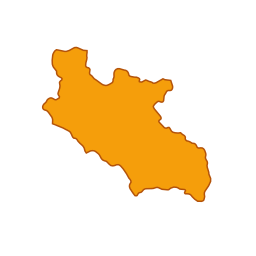 the border of Nagano, rotated 292°
{"feature_id": "JPN-1844", "entity_name": "Nagano", "entity_type": "Prefecture", "adm_level": 1, "iso_a3": "JPN", "parent_name": "Japan", "parent_adm1": "", "projection": "albers", "projection_center": [138.086, 36.102], "detail": "fine", "context": "isolated", "style": "filled", "palette": "amber", "viewbox_px": 256, "rotation_deg": 292, "n_neighbors": 0, "source": "natural_earth", "source_scale": "10m", "svg_char_len": 3813}
<svg xmlns="http://www.w3.org/2000/svg" viewBox="0 0 256 256"><g transform="rotate(292 128 128)"><path d="M184.4,61.0L182.8,61.7L180.1,62.4L178.8,63.0L177.9,63.6L175.9,64.1L172.7,64.5L170.7,65.1L169.7,65.5L169.0,66.3L168.8,67.4L169.0,69.0L168.6,70.1L167.8,70.9L164.6,71.7L163.7,72.3L163.2,73.1L163.0,74.2L162.7,75.1L162.2,76.0L161.6,77.1L161.0,78.2L160.5,80.8L159.3,85.4L158.8,87.5L158.7,89.1L159.0,91.2L159.7,92.6L161.4,94.3L164.0,96.3L165.0,96.6L166.2,96.5L167.7,95.9L169.2,96.0L170.4,95.8L172.7,94.8L173.9,94.4L175.1,94.3L176.4,94.4L177.9,95.0L179.1,96.2L179.8,97.9L180.3,102.9L180.4,103.4L180.6,104.3L180.4,105.7L179.8,106.9L178.9,107.9L177.3,109.1L176.8,110.1L176.9,111.7L177.5,114.7L178.3,117.0L178.3,119.0L178.0,120.1L177.3,120.7L175.8,120.8L175.2,121.2L175.4,122.5L175.8,123.6L177.1,124.7L178.1,125.5L179.1,126.4L179.2,127.6L179.1,129.8L179.3,132.1L179.3,133.3L179.0,134.3L179.3,135.5L180.4,137.0L186.7,142.0L186.6,144.1L188.1,149.8L183.5,153.7L182.0,154.3L181.1,154.4L180.1,154.3L179.2,153.9L178.5,153.0L178.1,151.8L177.6,150.9L176.8,150.3L175.8,150.0L174.4,149.9L172.2,149.5L171.1,149.5L166.6,150.8L165.4,150.5L164.7,149.8L164.4,148.7L164.4,147.6L164.3,146.8L164.0,146.0L163.3,145.4L160.7,144.1L158.4,143.4L157.4,143.4L156.5,144.1L155.5,145.4L151.1,153.5L150.4,154.4L149.6,155.0L148.5,155.1L146.7,154.0L145.8,154.0L145.0,154.8L141.9,161.6L141.9,162.6L142.4,163.9L143.4,164.8L143.9,165.8L143.4,166.9L141.4,169.4L140.9,171.0L141.2,173.5L142.1,176.4L143.3,178.5L142.5,180.7L142.1,182.9L141.7,183.8L141.0,184.6L139.7,185.0L138.7,185.7L138.1,187.1L138.3,188.4L138.4,189.7L138.3,191.1L137.9,193.0L138.2,194.2L138.5,195.4L138.3,196.4L137.6,197.7L136.1,199.2L135.8,200.3L135.9,201.3L136.6,202.3L137.0,203.4L137.3,204.4L137.0,205.9L136.1,207.3L133.7,209.5L132.2,210.3L129.7,210.8L128.7,211.4L127.6,212.6L126.8,213.7L126.0,214.4L125.0,214.9L122.8,215.3L121.1,216.3L117.3,219.4L115.5,220.3L112.2,223.5L109.4,224.6L104.7,224.4L98.6,223.1L96.9,223.0L95.3,223.5L94.1,224.2L93.0,224.8L90.5,225.2L89.3,225.2L88.5,224.7L87.6,223.7L86.2,220.0L87.0,216.5L88.4,213.2L89.2,211.9L89.7,210.3L89.5,208.5L88.5,205.7L88.9,204.9L89.5,204.6L91.4,204.8L92.0,204.3L92.1,203.3L91.1,200.1L90.8,198.8L91.2,197.0L91.2,195.3L90.4,192.6L88.2,190.1L86.5,189.1L86.0,188.8L85.8,188.4L85.5,187.8L83.9,182.4L84.1,179.0L84.0,177.7L83.4,176.4L81.4,174.0L80.7,172.6L78.3,167.1L77.5,166.2L76.6,165.5L74.2,164.7L73.2,164.1L72.6,163.2L71.9,162.4L70.8,162.0L68.8,161.7L68.2,161.0L67.9,159.8L69.3,157.4L72.5,152.7L74.0,151.4L75.6,150.8L77.0,150.8L78.8,151.1L80.0,150.5L81.0,149.4L81.9,147.6L85.0,143.8L88.4,138.7L90.0,135.5L90.4,134.1L90.4,132.8L89.6,131.1L88.3,129.8L87.2,128.1L86.8,126.2L87.4,124.1L88.7,121.2L89.0,120.1L88.8,118.6L88.8,117.7L88.9,116.4L89.7,114.7L91.9,112.1L92.6,111.1L93.1,110.0L94.0,106.9L94.2,105.3L93.7,103.6L92.8,101.9L89.2,98.7L90.5,96.8L93.1,94.8L93.9,93.7L94.6,92.6L95.9,89.0L97.1,86.5L98.3,84.9L98.7,83.6L98.6,82.6L98.3,81.5L98.7,80.4L99.6,79.3L100.9,78.0L102.5,76.1L103.0,74.5L103.2,72.7L103.4,70.3L103.7,67.8L103.7,56.4L107.3,55.1L108.4,54.4L109.5,53.4L112.6,48.6L113.3,47.2L113.7,45.9L113.5,43.9L113.6,43.0L114.0,42.1L114.6,41.5L115.3,41.1L115.8,40.9L116.7,40.8L117.9,40.9L119.0,41.2L120.5,42.0L121.6,42.4L122.9,42.5L124.2,42.7L125.5,43.5L126.3,44.2L126.9,45.0L127.2,45.9L127.2,47.0L126.9,49.6L127.1,50.4L127.5,51.0L130.2,53.0L131.4,52.7L132.7,50.9L133.7,50.2L135.0,50.0L138.9,49.8L140.4,49.5L141.7,49.1L144.2,47.6L144.8,47.4L145.4,47.5L146.4,47.8L147.9,48.6L148.9,48.4L149.5,47.6L149.8,44.8L150.1,43.6L150.8,42.3L151.7,41.5L154.0,40.4L156.5,36.1L157.6,34.9L158.9,33.9L162.5,32.3L167.4,30.9L168.9,30.8L170.6,31.0L172.0,31.3L173.5,32.2L173.7,32.3L174.0,33.5L175.3,40.6L175.9,42.1L177.9,44.5L181.6,47.5L182.5,48.3L183.3,49.8L183.5,51.2L183.3,57.5L184.4,61.0Z" fill="#f59e0b" stroke="#b45309" stroke-width="1.5"/></g></svg>